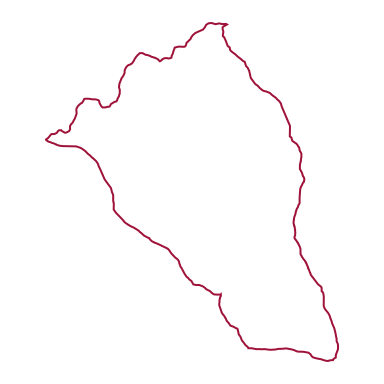 Santa Ana, San José, Costa Rica
{"feature_id": "36466004B14800778897380", "entity_name": "Santa Ana", "entity_type": "district", "adm_level": 2, "iso_a3": "CRI", "parent_name": "Costa Rica", "parent_adm1": "San José", "projection": "mercator", "projection_center": [-84.193, 9.918], "detail": "fine", "context": "isolated", "style": "outline", "palette": "rose", "viewbox_px": 384, "rotation_deg": 0, "n_neighbors": 0, "source": "geoboundaries", "source_scale": "gbopen_adm2", "svg_char_len": 5923}
<svg xmlns="http://www.w3.org/2000/svg" viewBox="0 0 384 384"><path d="M227.0,24.5L226.0,23.9L222.5,24.1L219.2,23.4L215.6,24.2L211.4,23.0L208.6,23.3L206.2,24.8L204.7,27.5L203.1,29.5L195.3,33.0L192.6,35.4L191.1,37.6L190.6,38.9L187.9,41.6L186.6,42.7L186.2,44.5L185.6,45.8L185.0,46.5L184.0,46.8L179.0,46.6L177.8,46.8L174.7,47.6L174.3,49.0L173.3,51.6L172.9,53.4L171.7,55.8L171.5,57.5L171.3,57.7L170.2,58.2L168.6,58.5L166.9,58.1L165.3,58.1L164.0,58.4L162.0,59.5L161.6,60.2L159.9,61.3L159.1,60.6L157.8,59.2L155.1,57.8L154.1,57.6L153.1,57.2L151.3,56.7L150.2,56.0L148.0,55.2L145.4,54.7L143.0,53.3L141.8,53.1L139.8,53.1L139.6,53.3L137.3,55.5L136.0,57.0L134.5,59.3L133.9,60.7L132.1,63.3L130.0,64.6L128.6,65.0L127.8,65.5L126.1,67.3L125.2,69.1L124.7,70.1L124.6,72.9L124.2,73.9L122.9,76.5L121.6,78.1L119.3,84.0L119.3,85.4L119.0,86.3L119.0,87.3L119.8,89.9L119.7,93.9L119.2,94.8L118.9,96.4L118.0,97.8L117.5,98.8L117.2,100.2L116.5,101.3L115.9,101.6L115.3,101.6L114.3,102.0L110.9,104.1L110.0,106.0L109.6,106.5L108.5,106.8L107.2,106.8L106.7,107.1L105.2,107.4L103.3,107.5L102.4,107.3L101.6,106.7L99.7,103.4L99.4,102.4L99.1,100.9L98.4,100.2L95.7,99.4L92.0,99.3L89.5,98.8L85.4,98.7L84.2,99.0L83.5,100.6L82.4,102.3L81.8,103.0L80.6,103.6L79.0,105.0L77.7,106.4L76.4,108.9L76.3,110.4L76.5,111.4L76.6,113.6L76.1,115.1L74.8,118.6L73.8,120.3L73.0,122.0L72.1,123.3L71.1,124.2L70.1,125.9L70.0,127.8L70.1,129.3L69.0,131.2L66.2,132.6L64.8,132.7L63.7,132.0L62.6,131.5L61.5,130.7L61.2,130.2L59.0,130.3L58.1,131.0L57.5,131.7L57.1,132.6L55.8,133.4L54.2,134.0L51.8,134.1L51.2,134.2L48.2,137.9L46.3,139.4L46.1,139.4L46.0,139.8L46.5,140.3L47.9,141.2L48.1,141.5L51.0,142.4L51.8,142.9L53.5,143.3L56.1,144.4L56.1,144.6L58.8,145.5L60.1,145.8L63.1,146.1L76.3,146.4L80.3,147.8L81.9,148.6L85.2,151.0L88.0,153.9L90.1,155.5L92.1,157.6L93.1,158.3L96.2,161.2L97.9,163.7L98.9,166.8L99.7,168.1L104.7,179.5L111.0,188.1L112.0,192.3L113.0,194.4L113.1,195.3L113.2,195.6L113.2,201.2L113.4,201.5L113.4,202.1L113.7,202.6L113.7,203.5L113.8,203.8L113.7,209.6L115.8,212.6L123.4,220.5L123.4,220.8L124.2,221.7L125.8,223.2L127.4,224.1L128.3,224.9L128.6,224.9L130.1,225.9L134.3,227.9L134.7,228.3L135.3,228.5L138.8,230.8L139.5,231.7L141.5,233.2L143.9,235.5L147.8,237.6L149.2,238.1L149.2,238.4L151.1,240.6L152.4,241.5L153.9,242.3L154.2,242.3L154.4,242.6L156.4,243.3L161.3,245.5L161.8,245.9L163.5,246.6L164.6,247.2L166.0,247.7L166.4,248.1L167.3,248.4L167.6,248.8L167.9,248.8L168.3,249.2L169.4,250.5L170.5,252.3L171.8,254.0L172.5,254.5L172.9,255.2L174.2,256.4L175.1,257.5L177.3,259.1L178.2,260.1L179.0,261.6L179.3,263.0L179.3,263.6L180.0,264.8L180.4,266.5L181.4,267.8L184.7,274.0L186.7,276.9L187.9,277.7L189.3,279.4L191.4,281.0L193.3,284.4L196.1,285.0L199.3,285.0L202.7,286.3L203.7,286.9L205.2,288.1L205.4,288.5L206.8,289.5L209.8,291.0L212.3,293.3L214.0,294.4L216.8,294.6L220.5,294.6L220.8,294.3L220.9,295.9L219.9,297.7L219.9,298.8L219.5,299.9L219.5,302.4L219.3,302.9L219.2,304.6L219.4,305.7L221.7,312.5L222.4,313.7L224.5,316.3L225.1,317.7L225.8,318.4L226.3,320.0L227.0,321.2L228.6,322.9L230.3,325.5L230.9,325.8L233.4,326.7L235.7,328.0L237.4,328.7L237.9,330.3L238.8,334.5L240.4,336.6L241.9,340.4L243.7,342.6L245.4,345.0L247.4,346.7L248.0,347.4L248.3,348.2L251.9,348.3L256.0,349.1L260.7,349.1L261.3,349.3L264.4,349.1L270.1,349.8L275.5,349.5L278.2,348.9L281.9,348.8L286.2,348.4L292.1,349.5L294.1,350.1L296.7,351.3L297.8,351.6L303.7,351.8L308.5,352.7L310.5,354.3L311.7,356.2L313.1,357.4L316.6,358.4L321.4,359.3L322.9,359.9L326.1,360.8L328.1,361.0L329.1,360.5L329.6,360.5L330.2,360.3L333.0,360.1L333.5,359.0L335.8,357.5L335.8,355.6L336.1,354.2L337.9,349.5L338.0,348.4L338.0,345.1L337.9,345.0L337.9,344.1L336.6,341.1L336.6,338.6L336.4,338.1L335.4,332.8L334.3,328.3L332.2,323.5L331.4,320.6L330.7,319.2L330.7,318.7L330.3,318.0L329.6,315.6L328.1,312.9L325.4,309.6L324.6,308.3L323.9,306.6L323.7,305.3L323.8,296.8L323.4,293.8L323.1,292.9L322.6,292.0L321.7,291.3L321.6,287.8L321.3,287.1L320.2,286.0L318.1,284.4L310.7,274.7L310.6,273.9L310.2,273.1L310.2,272.7L309.8,272.2L308.9,269.5L308.5,269.1L308.3,268.2L308.0,268.0L308.0,267.2L307.7,266.9L307.4,265.7L307.0,265.1L306.7,264.0L306.4,263.7L306.2,262.9L305.9,262.7L305.9,262.2L305.4,261.8L304.9,260.7L303.3,258.9L302.5,257.5L301.8,256.7L301.6,255.9L300.7,254.5L300.5,253.7L300.5,249.0L299.6,246.3L299.2,245.6L299.1,245.2L298.6,244.6L298.5,244.1L297.9,243.1L297.9,242.7L297.2,242.1L296.4,240.6L296.1,240.4L295.5,239.4L294.9,238.9L294.5,237.7L294.5,236.8L295.1,235.5L295.3,232.1L295.1,231.3L295.1,229.6L294.9,229.4L294.7,227.0L294.5,226.8L294.5,226.3L294.2,226.1L294.2,225.7L294.0,225.4L294.0,224.5L293.6,223.8L293.6,221.2L293.8,220.6L293.8,219.7L294.0,219.5L294.0,218.2L294.6,216.2L295.3,214.5L295.5,213.2L295.7,212.9L295.8,211.6L296.2,211.0L296.3,210.1L297.0,208.5L297.9,207.1L298.4,205.2L299.3,203.9L299.6,202.8L299.6,197.6L300.2,189.3L300.4,188.5L301.2,186.3L302.0,185.1L302.7,183.3L303.8,181.9L303.8,181.6L304.0,181.5L304.1,180.4L304.3,179.9L304.2,178.2L303.7,177.1L303.0,176.2L303.0,175.9L302.7,175.6L302.4,174.1L301.7,172.2L300.7,170.6L300.7,170.3L299.9,169.1L299.9,165.2L300.5,162.0L300.7,161.2L300.9,161.1L300.9,159.7L301.2,157.9L301.4,157.2L301.4,153.8L300.9,152.6L300.1,151.3L299.6,150.1L299.2,147.8L298.8,147.1L298.1,146.3L297.5,145.0L296.2,143.5L295.3,143.0L294.7,142.5L292.6,141.1L292.2,140.5L291.8,139.3L291.6,138.0L290.9,137.1L289.9,136.6L289.8,136.4L290.0,126.0L281.6,106.2L281.0,103.8L280.3,102.6L278.8,100.7L278.2,100.3L277.3,99.5L276.4,98.4L275.4,97.5L272.0,95.0L270.0,93.1L268.6,92.4L267.2,91.9L266.9,91.7L263.4,90.8L262.8,90.4L262.0,89.9L259.6,87.9L257.8,85.8L255.3,84.1L250.8,78.0L249.2,70.9L247.7,67.8L246.0,65.9L244.7,61.7L244.1,61.6L243.1,61.0L239.9,58.2L239.1,57.7L236.7,55.7L235.4,54.4L232.4,52.2L230.5,50.5L230.1,49.9L229.7,47.5L229.4,47.1L228.1,46.4L227.6,45.7L225.9,41.1L224.1,37.1L222.9,36.2L222.9,34.1L223.3,32.7L223.3,31.3L222.6,29.1L222.6,27.3L223.8,26.3L227.0,24.5Z" fill="none" stroke="#9f1239" stroke-width="2"/></svg>